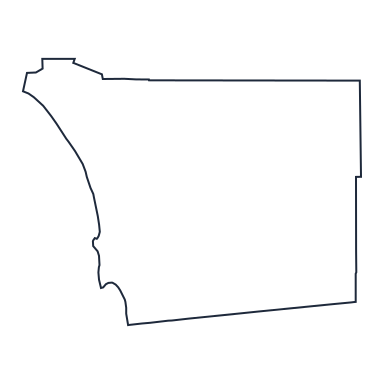 outline of San Diego, California, United States of America
{"feature_id": "52423323B47648516235098", "entity_name": "San Diego", "entity_type": "district", "adm_level": 2, "iso_a3": "USA", "parent_name": "United States of America", "parent_adm1": "California", "projection": "natural_earth1", "projection_center": [-117.088, 33.02], "detail": "fine", "context": "isolated", "style": "outline", "palette": "slate", "viewbox_px": 384, "rotation_deg": 0, "n_neighbors": 0, "source": "geoboundaries", "source_scale": "gbopen_adm2", "svg_char_len": 1106}
<svg xmlns="http://www.w3.org/2000/svg" viewBox="0 0 384 384"><path d="M23.0,91.3L28.5,93.5L33.8,97.2L43.2,105.8L51.2,116.1L56.6,123.8L66.3,138.8L68.6,141.8L75.1,151.2L82.7,164.0L85.6,171.7L86.8,176.9L90.5,187.9L93.3,194.0L93.9,197.2L97.8,216.2L99.1,224.7L99.8,231.8L99.6,232.6L98.7,235.9L97.7,237.7L96.8,238.8L94.8,238.1L93.2,240.4L92.9,241.3L93.2,246.1L97.6,251.3L99.0,255.8L99.5,265.1L98.9,267.1L98.4,272.4L99.0,279.6L101.0,288.0L103.2,287.4L105.9,284.2L108.4,282.9L112.0,282.6L112.8,282.9L115.7,284.6L118.2,287.3L120.2,290.4L124.8,299.6L125.4,301.9L126.2,307.8L126.2,310.9L126.2,313.7L127.1,319.1L128.1,325.1L129.4,324.9L141.9,323.5L150.1,322.8L168.0,320.7L172.0,320.5L187.9,318.7L188.8,318.6L239.3,313.5L258.6,311.5L332.3,304.2L351.3,302.4L353.6,302.1L355.7,301.9L355.7,273.7L356.3,272.3L356.1,251.1L356.0,176.9L361.0,176.8L359.8,80.6L353.7,80.6L195.6,80.4L188.3,80.4L187.2,80.4L149.0,80.3L148.9,79.5L136.1,79.4L124.4,78.8L102.8,79.0L101.9,74.3L100.1,73.6L98.1,72.8L84.1,67.2L73.3,62.9L74.7,58.9L42.3,58.9L42.6,68.6L35.9,72.5L27.0,72.9L23.0,91.3Z" fill="none" stroke="#1e293b" stroke-width="2"/></svg>